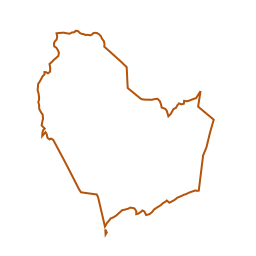 Massapê, Ceará, Brazil (Equal Earth projection), rotated 173°
{"feature_id": "56859067B42354629826909", "entity_name": "Massapê", "entity_type": "district", "adm_level": 2, "iso_a3": "BRA", "parent_name": "Brazil", "parent_adm1": "Ceará", "projection": "equal_earth", "projection_center": [-40.377, -3.486], "detail": "fine", "context": "isolated", "style": "outline", "palette": "amber", "viewbox_px": 256, "rotation_deg": 173, "n_neighbors": 0, "source": "geoboundaries", "source_scale": "gbopen_adm2", "svg_char_len": 2073}
<svg xmlns="http://www.w3.org/2000/svg" viewBox="0 0 256 256"><g transform="rotate(173 128 128)"><path d="M62.5,148.1L64.7,147.5L67.0,147.5L69.0,148.1L69.6,145.3L72.2,145.0L74.3,146.2L76.2,144.6L77.8,142.3L80.6,141.2L82.2,139.0L84.0,136.6L86.5,134.7L87.4,140.3L88.6,142.4L92.1,144.2L92.3,147.1L93.1,150.7L95.1,153.4L97.5,153.5L101.1,153.1L103.3,153.5L105.4,153.8L107.5,154.0L109.7,154.6L111.3,155.1L113.1,156.9L123.4,167.7L122.8,176.6L122.2,184.1L121.9,188.6L127.8,195.8L141.6,211.6L141.1,214.4L141.4,217.2L143.0,219.9L143.7,222.4L145.4,224.6L147.2,226.0L149.0,226.5L150.8,226.4L152.3,225.2L154.2,224.6L156.5,225.4L158.9,225.5L160.4,226.5L162.3,227.0L164.0,228.0L165.8,230.3L168.1,230.9L169.6,229.6L172.2,229.6L174.5,228.7L177.3,229.5L180.4,230.5L185.7,230.7L187.4,230.7L187.1,227.4L188.1,224.5L189.9,223.0L191.1,221.3L191.3,218.0L189.4,216.5L188.3,214.3L187.4,211.2L188.3,208.0L191.3,206.0L193.5,204.6L195.4,202.9L198.1,201.1L197.9,196.9L198.5,193.4L200.8,192.0L202.5,193.4L204.1,193.7L204.3,191.4L206.5,189.7L208.8,186.4L210.3,184.4L211.8,182.7L212.5,179.3L213.1,176.5L212.6,173.5L212.5,169.7L212.8,167.0L213.9,164.6L213.4,161.9L213.8,157.8L212.7,154.8L211.1,151.6L211.2,147.5L212.0,145.5L212.7,143.4L213.4,141.1L210.7,137.5L212.5,136.2L213.5,133.8L214.1,130.5L212.3,132.1L210.4,133.9L209.4,131.7L209.1,128.1L207.2,126.2L205.7,126.9L203.7,125.4L195.2,103.4L190.7,91.3L184.1,73.2L182.5,69.9L167.1,65.8L166.1,62.8L162.9,33.0L160.3,36.5L158.1,38.4L156.3,40.3L154.0,40.9L150.4,42.5L147.9,44.3L145.5,45.9L143.7,47.2L141.5,47.3L137.9,47.8L135.3,48.7L133.3,48.1L131.4,47.4L129.9,44.4L130.3,41.5L128.0,41.8L125.5,43.1L123.7,44.4L121.9,43.1L120.6,39.4L117.2,39.9L114.4,41.6L112.1,43.9L109.9,45.1L107.2,46.3L105.1,47.3L102.6,49.0L99.8,50.3L98.3,51.3L96.1,48.8L92.8,50.0L90.2,51.1L87.6,52.8L83.2,54.0L80.4,55.0L78.7,55.2L76.5,56.0L74.2,56.7L71.6,57.2L68.8,57.8L67.2,57.2L65.4,57.2L56.8,91.6L52.6,99.0L46.9,114.1L41.9,125.8L53.7,138.4L55.8,140.7L51.5,155.7L56.8,149.4L62.5,148.1ZM163.2,25.1L161.8,26.9L162.9,30.1L163.2,25.1Z" fill="none" stroke="#b45309" stroke-width="2"/></g></svg>